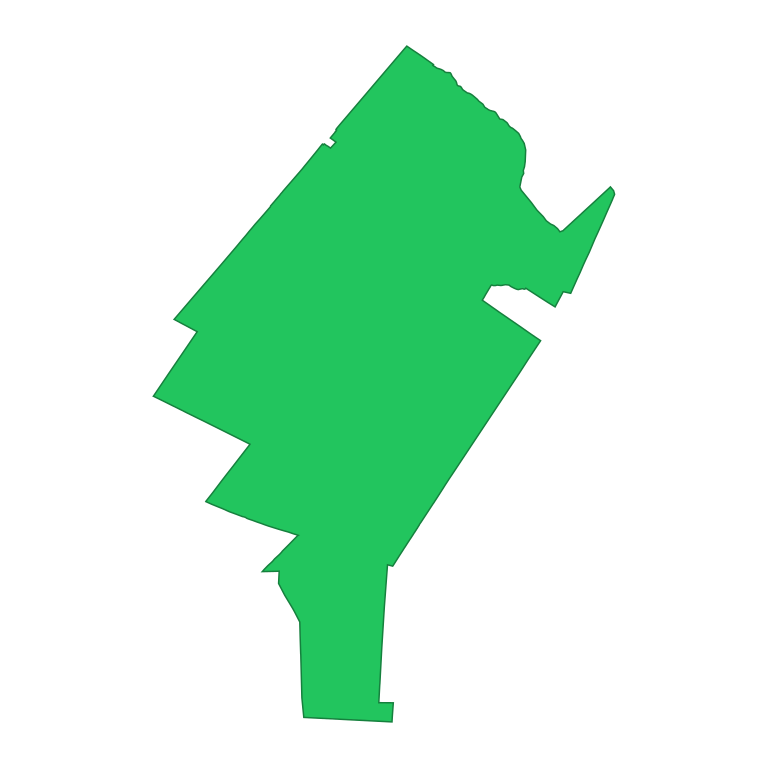 Gheraseni, Buzau, Romania (Natural Earth projection)
{"feature_id": "2599482B74363145879351", "entity_name": "Gheraseni", "entity_type": "district", "adm_level": 2, "iso_a3": "ROU", "parent_name": "Romania", "parent_adm1": "Buzau", "projection": "natural_earth1", "projection_center": [26.807, 44.997], "detail": "fine", "context": "isolated", "style": "filled", "palette": "green", "viewbox_px": 768, "rotation_deg": 0, "n_neighbors": 0, "source": "geoboundaries", "source_scale": "gbopen_adm2", "svg_char_len": 4388}
<svg xmlns="http://www.w3.org/2000/svg" viewBox="0 0 768 768"><path d="M392.0,721.9L392.3,716.7L393.3,702.8L378.8,702.7L379.7,685.6L379.9,683.1L381.5,653.0L381.8,647.5L384.3,607.5L385.7,588.8L387.5,564.8L392.6,566.1L392.7,565.9L393.1,565.7L393.3,565.2L393.6,564.8L398.8,556.6L403.2,549.8L404.3,548.0L404.9,547.2L405.6,546.1L408.3,541.9L409.0,540.9L409.2,540.6L409.7,539.7L410.3,538.9L410.7,538.3L412.8,535.1L414.1,533.0L414.7,532.2L414.9,531.9L415.1,531.5L416.0,530.2L416.7,529.0L417.3,528.2L417.8,527.3L418.5,526.2L418.7,525.8L419.0,525.5L419.1,525.3L419.2,525.0L419.6,524.2L420.3,523.2L421.5,521.5L421.9,520.8L422.2,520.4L433.0,503.9L433.8,502.8L434.3,502.0L434.8,501.2L435.6,500.0L442.8,488.8L443.5,487.7L444.5,486.1L444.8,485.6L448.3,480.2L449.8,477.9L451.5,475.4L510.5,386.4L519.8,372.4L528.3,359.2L540.6,340.7L535.3,337.1L529.9,333.4L529.6,333.2L526.5,331.0L516.3,323.9L499.3,312.2L482.3,300.2L484.2,297.1L485.1,295.4L489.2,288.5L490.1,287.1L490.9,285.6L491.7,285.0L492.3,285.2L493.0,285.5L493.6,285.6L494.6,285.6L495.9,285.5L496.3,285.3L496.7,285.2L497.2,285.1L500.9,285.5L502.4,285.3L503.1,285.1L503.8,285.0L505.4,284.7L507.6,284.9L508.9,285.1L509.4,285.3L509.9,285.8L510.5,286.2L510.7,286.4L512.0,287.1L512.4,287.3L512.6,287.4L514.4,288.3L516.3,289.1L518.2,289.6L521.2,288.9L522.8,288.7L524.1,289.2L525.0,289.1L525.8,288.2L533.4,293.1L538.8,296.6L548.0,302.5L555.1,306.9L557.9,301.6L563.2,291.7L570.7,293.3L574.0,285.9L577.3,278.5L580.1,272.5L583.3,265.0L586.0,259.1L587.3,256.4L589.2,252.4L594.9,238.9L597.9,232.4L603.2,220.6L606.9,212.1L611.0,202.9L612.4,199.7L612.9,198.4L613.4,197.2L613.7,196.5L614.2,195.4L614.5,194.5L614.6,194.3L613.6,190.7L610.4,186.9L609.5,187.8L591.1,204.8L587.4,208.2L563.6,230.1L563.3,230.6L559.9,231.8L557.5,228.6L553.8,225.5L550.5,224.0L546.3,220.8L543.3,216.7L537.0,210.2L531.4,202.6L521.2,190.2L519.8,187.0L521.2,179.9L521.8,177.0L523.7,173.5L523.3,170.5L524.5,166.7L525.2,161.5L525.7,150.0L524.2,143.4L522.4,140.3L521.0,138.4L520.4,136.6L518.7,133.4L515.7,130.8L513.0,128.6L511.9,127.9L511.4,127.8L510.2,127.0L508.9,125.7L507.6,123.5L506.9,122.6L504.3,120.6L503.0,119.6L501.7,119.3L500.3,119.2L499.7,118.9L495.9,112.8L494.7,111.7L493.1,111.2L492.4,111.1L491.5,110.8L490.1,110.5L487.9,109.4L487.5,109.0L484.8,107.3L483.1,104.5L482.8,104.1L478.8,101.1L477.3,99.3L472.6,95.3L471.2,94.3L470.7,94.1L469.7,93.5L468.4,93.1L467.6,93.1L463.8,90.5L463.3,90.1L462.6,89.5L461.9,88.4L461.6,87.8L460.7,86.6L459.9,86.2L458.5,86.0L457.9,85.7L457.1,84.9L456.5,82.5L455.8,80.9L455.2,80.1L454.0,78.7L452.1,76.3L451.2,74.2L450.7,73.3L450.1,72.7L449.3,72.6L446.8,72.5L445.9,72.4L444.9,72.0L443.6,70.8L443.0,70.4L441.0,69.4L438.6,68.6L437.6,68.4L436.2,67.7L435.5,67.1L434.4,66.4L434.1,66.3L433.9,66.0L433.3,65.8L432.8,65.4L433.5,64.6L433.3,64.4L433.0,64.2L427.5,60.3L421.9,56.3L413.1,50.4L406.8,46.1L404.8,48.4L404.1,49.2L371.9,87.0L365.7,94.3L339.7,124.8L337.1,127.9L336.0,129.4L336.6,130.0L335.5,131.4L335.7,131.5L332.8,135.0L331.6,136.4L330.3,138.0L336.0,142.1L333.1,145.3L330.5,148.1L328.3,146.5L326.0,145.2L325.4,144.7L324.5,144.0L324.2,143.9L323.4,144.9L322.4,144.1L321.2,145.5L320.0,147.0L317.9,149.7L309.6,159.9L306.5,163.7L306.0,164.3L304.5,166.1L302.1,169.1L289.4,183.8L285.3,188.5L282.8,191.4L282.4,192.0L280.6,194.0L280.0,194.9L277.6,197.7L270.6,205.9L270.3,206.9L259.9,218.9L255.4,223.9L253.0,226.8L249.1,231.4L245.8,235.5L243.2,238.5L240.1,242.2L236.7,246.3L221.4,264.3L204.8,283.6L192.0,298.5L174.1,319.4L197.2,331.7L168.6,373.7L155.5,393.1L155.1,393.7L153.5,396.1L153.4,396.2L155.2,397.1L173.4,406.1L180.9,409.8L187.0,412.9L197.6,418.1L212.6,425.5L219.6,429.0L250.0,444.2L249.9,444.4L238.9,458.6L232.8,466.5L227.0,473.9L221.3,481.3L212.7,492.7L206.0,501.2L205.8,501.6L206.0,501.7L206.5,501.9L211.8,504.3L217.2,506.5L222.2,508.5L229.3,511.7L235.9,514.1L242.5,516.6L243.6,516.8L245.3,517.3L247.0,518.4L249.1,519.2L252.7,520.4L257.0,522.0L261.4,523.5L264.3,524.6L268.3,526.0L278.5,529.2L280.2,529.7L285.0,531.1L288.6,532.1L289.7,532.5L293.7,533.9L296.5,534.7L298.3,535.3L297.5,535.8L288.2,545.3L282.3,551.2L281.6,552.2L279.3,554.6L274.6,558.9L272.5,561.4L267.8,565.7L264.4,569.2L262.3,571.6L276.0,571.3L279.2,571.2L278.6,583.1L278.6,583.5L284.7,595.2L292.6,608.3L294.5,611.7L299.8,622.0L300.2,637.8L300.7,653.7L300.8,654.6L300.9,659.2L301.9,697.9L303.8,717.4L381.9,721.4L389.7,721.8L392.0,721.9Z" fill="#22c55e" stroke="#15803d" stroke-width="1.5"/></svg>